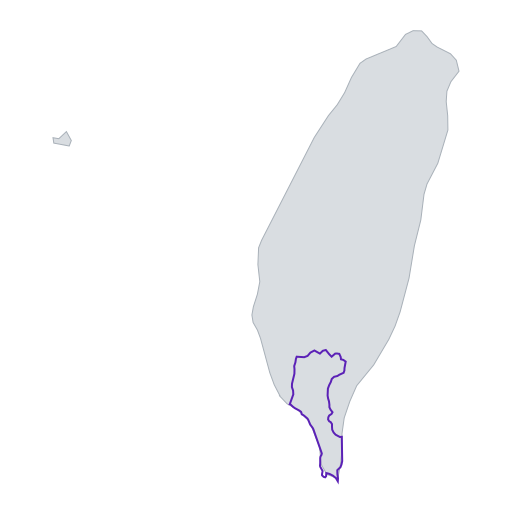 Taiwan, with Pingtung highlighted
{"feature_id": "TWN-1158", "entity_name": "Pingtung", "entity_type": "County", "adm_level": 1, "iso_a3": "TWN", "parent_name": "Taiwan", "parent_adm1": "", "projection": "natural_earth1", "projection_center": [120.7, 22.396], "detail": "fine", "context": "in_parent", "style": "outline", "palette": "violet", "viewbox_px": 512, "rotation_deg": 0, "n_neighbors": 0, "source": "natural_earth", "source_scale": "10m", "svg_char_len": 2195}
<svg xmlns="http://www.w3.org/2000/svg" viewBox="0 0 512 512"><path d="M356.7,385.7L349.8,401.4L344.2,417.9L342.0,433.5L342.1,449.6L340.5,464.2L337.8,478.6L326.9,474.4L321.0,464.1L319.6,447.2L311.7,426.8L308.8,420.9L297.4,409.5L287.1,403.8L279.1,395.4L280.1,396.1L274.2,384.7L269.8,372.7L260.5,338.3L257.4,330.0L253.1,322.5L251.9,315.0L253.4,306.7L257.4,294.2L259.8,281.7L257.9,264.6L258.6,247.8L261.6,240.3L314.3,137.4L328.5,115.5L337.2,104.8L344.6,92.7L351.5,77.4L360.0,63.3L366.1,59.0L396.2,46.5L405.5,34.4L413.1,30.7L421.6,30.9L427.1,36.7L432.0,43.5L437.2,47.1L450.5,53.8L456.3,60.2L459.0,71.2L450.9,81.7L446.9,91.2L446.2,101.6L447.7,115.8L447.9,130.0L437.8,163.3L427.0,184.0L424.0,194.3L420.8,220.0L414.4,245.7L409.0,278.3L400.1,311.9L395.1,326.0L388.8,339.4L373.7,364.9L356.7,385.7ZM66.4,131.6L71.3,140.5L69.2,146.0L53.8,143.1L53.0,137.7L58.8,138.7L66.4,131.6Z" fill="#d9dde1" stroke="#a8b0b8" stroke-width="1"/><path d="M341.8,436.8L342.2,461.1L341.5,464.5L340.4,467.3L339.0,468.5L337.3,470.2L337.4,474.2L338.0,478.5L337.8,481.3L335.9,478.1L333.0,475.7L329.7,474.0L326.3,473.1L326.1,476.2L325.2,477.3L323.7,476.9L322.1,475.4L322.0,474.3L322.6,471.0L320.2,466.7L320.0,465.5L320.1,464.6L320.2,463.0L320.2,458.0L320.5,456.5L321.5,454.8L321.8,453.4L313.3,429.1L312.6,427.8L310.2,424.6L308.3,420.0L307.5,418.6L304.0,415.6L302.6,414.7L302.2,414.6L301.7,414.2L301.3,412.4L301.0,411.8L299.2,410.5L294.9,408.2L293.0,406.8L290.9,404.8L290.0,404.1L289.8,404.1L293.3,394.4L293.1,390.6L291.9,387.1L292.0,383.7L294.4,373.8L294.5,369.3L294.2,366.1L295.4,362.4L295.9,359.0L296.7,356.7L304.2,357.2L307.6,355.9L310.4,352.6L314.4,350.5L319.9,353.6L322.8,350.8L325.8,350.0L329.1,354.1L331.6,356.7L335.2,353.6L337.0,353.5L339.2,353.9L339.3,353.9L340.7,357.0L341.0,359.3L343.3,359.9L345.7,361.6L344.5,368.0L344.4,370.5L343.6,372.8L339.4,374.7L337.4,376.0L334.1,376.8L331.8,378.9L330.8,382.0L329.2,385.1L327.9,388.6L327.6,395.5L328.1,398.5L329.0,401.4L329.4,404.7L329.4,407.2L330.5,409.6L332.5,412.2L331.5,414.0L329.2,415.5L328.3,417.3L328.1,419.5L329.2,421.3L330.7,422.1L332.0,424.1L332.0,426.8L332.2,429.7L333.6,432.5L335.6,434.7L339.9,437.0L341.8,436.8Z" fill="none" stroke="#5b21b6" stroke-width="2"/></svg>